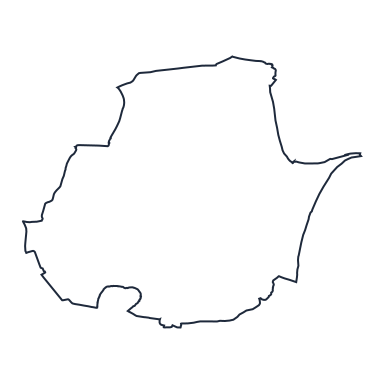 the district of Sulina, Tulcea, Romania
{"feature_id": "2599482B90058353737957", "entity_name": "Sulina", "entity_type": "district", "adm_level": 2, "iso_a3": "ROU", "parent_name": "Romania", "parent_adm1": "Tulcea", "projection": "equal_earth", "projection_center": [29.526, 45.139], "detail": "fine", "context": "isolated", "style": "outline", "palette": "slate", "viewbox_px": 384, "rotation_deg": 0, "n_neighbors": 0, "source": "geoboundaries", "source_scale": "gbopen_adm2", "svg_char_len": 5770}
<svg xmlns="http://www.w3.org/2000/svg" viewBox="0 0 384 384"><path d="M144.3,317.2L144.9,317.2L148.9,317.7L149.6,318.0L159.2,319.3L159.6,319.3L160.0,319.1L159.8,319.8L159.7,319.9L159.6,320.7L159.6,322.6L160.0,323.7L161.2,324.8L164.1,325.5L163.9,326.0L163.7,326.8L163.7,327.2L164.0,327.4L170.1,327.3L171.0,327.1L171.7,326.9L172.5,325.3L177.2,327.4L180.5,327.5L180.8,326.7L180.8,326.0L181.2,325.1L181.0,323.7L181.6,323.5L187.8,323.4L193.7,322.7L197.2,321.9L200.2,321.4L210.7,321.4L216.6,321.5L217.4,321.4L220.0,320.8L221.9,320.9L224.9,321.0L228.0,320.7L229.4,320.6L233.4,319.7L237.4,316.9L239.5,314.5L243.4,312.4L246.4,310.5L252.7,309.2L255.6,307.4L258.9,305.2L259.6,304.2L260.0,303.1L259.8,301.1L259.5,299.4L259.2,298.7L260.6,298.2L262.0,299.4L263.9,299.9L264.9,299.9L265.8,299.7L266.9,298.8L268.0,297.7L268.7,297.0L268.9,296.0L270.5,295.1L271.2,294.2L271.2,292.6L272.3,291.8L272.8,290.7L272.7,289.6L272.9,288.5L272.8,287.8L273.1,287.1L273.1,286.4L273.8,284.8L273.5,283.5L272.8,282.2L272.9,281.4L273.3,280.4L277.0,277.8L278.3,276.6L278.9,276.2L281.6,277.3L284.6,278.4L289.4,279.8L296.2,282.1L296.9,277.6L297.2,274.8L297.1,272.9L297.4,269.5L298.4,265.8L298.0,260.1L298.3,256.6L298.7,255.5L301.3,242.5L303.2,234.9L305.1,230.1L306.6,225.2L308.6,219.3L309.0,216.7L310.5,212.6L311.8,211.4L312.3,209.7L315.9,201.3L319.4,193.9L323.6,186.5L329.1,177.8L331.2,173.6L337.2,167.0L341.7,163.6L345.0,160.5L348.1,159.0L351.5,157.5L354.4,157.1L361.0,156.1L359.8,154.6L360.2,153.3L355.7,153.2L350.4,153.6L347.7,154.2L346.2,154.6L347.0,155.1L332.0,159.1L330.2,158.9L324.6,162.1L319.2,163.2L317.7,163.4L305.1,163.5L299.0,162.4L296.3,161.6L293.7,161.9L293.9,161.4L293.1,162.0L293.0,162.9L292.6,163.1L291.6,162.0L290.3,161.2L289.2,160.1L288.0,158.6L286.9,156.6L284.1,153.5L282.6,150.4L281.7,146.7L279.9,140.9L278.3,134.9L277.1,127.9L275.5,120.5L274.2,108.8L273.0,101.9L270.2,92.2L270.0,88.1L269.7,85.7L271.1,85.8L275.9,79.9L275.2,79.4L273.6,78.8L273.0,78.3L273.0,78.1L273.8,76.8L274.1,76.5L275.3,75.9L275.5,75.6L275.5,74.8L275.4,74.3L275.5,72.1L275.7,71.1L275.8,70.4L275.7,70.0L275.2,69.1L274.7,68.8L273.7,68.4L273.4,67.9L272.8,67.7L272.5,67.7L272.0,67.4L272.2,67.2L272.5,65.7L272.3,65.5L272.5,65.4L272.4,64.9L272.2,64.4L271.7,64.2L270.9,63.9L270.6,63.9L270.0,64.0L269.7,63.8L268.8,63.7L268.0,63.9L267.4,64.0L265.9,63.6L265.5,63.4L265.1,62.7L264.8,62.5L263.9,62.2L263.3,61.8L261.3,61.2L260.5,61.2L260.4,61.1L255.8,60.9L251.1,60.3L245.1,59.5L239.6,58.5L236.4,57.7L232.9,56.8L232.6,56.7L232.3,56.5L230.1,58.0L222.7,61.4L216.8,63.9L216.3,64.3L216.1,64.7L215.9,65.0L215.8,65.4L212.3,65.6L206.5,65.6L201.8,65.7L183.4,67.8L178.0,68.5L169.9,69.4L156.0,70.9L150.4,72.2L140.5,72.9L138.9,73.2L136.6,75.2L135.9,76.1L133.6,79.9L133.2,80.5L132.4,81.3L131.6,81.8L130.4,82.6L127.2,83.4L122.3,85.2L119.6,86.4L117.4,87.5L118.1,88.0L119.1,89.2L120.7,91.6L122.7,95.6L123.2,97.0L123.5,97.8L123.9,99.2L124.2,102.3L124.1,103.9L124.0,104.7L123.9,105.4L123.4,107.3L122.6,109.0L122.5,109.7L122.2,110.4L122.0,111.1L120.1,118.4L119.2,121.3L116.9,126.2L115.3,129.3L111.3,136.1L110.5,137.6L110.6,137.8L110.8,138.0L110.7,138.5L110.2,138.8L109.1,140.9L108.9,141.5L108.8,142.2L108.8,142.7L108.9,142.8L109.3,142.9L109.3,143.1L108.8,143.3L109.0,143.7L108.6,145.5L107.7,146.2L98.9,145.6L78.9,145.1L77.2,145.3L75.8,146.7L75.4,146.8L75.9,147.2L76.1,147.6L76.0,148.0L75.6,148.2L76.2,149.1L76.3,149.6L76.0,150.5L74.2,153.5L73.7,154.0L71.9,155.3L70.8,156.4L69.8,157.9L68.3,160.8L66.9,163.6L66.3,166.0L65.6,168.1L65.6,168.7L65.5,169.7L65.0,170.8L63.8,175.9L62.4,179.1L60.4,186.2L59.6,187.3L56.6,190.3L54.8,192.5L53.9,194.2L53.1,197.6L52.5,199.7L51.7,200.6L49.4,201.8L47.8,202.2L46.2,202.9L45.2,203.7L43.2,210.9L42.5,213.1L41.9,215.0L41.8,216.2L42.0,217.3L42.6,218.4L42.6,218.9L42.2,219.8L41.8,220.2L41.7,220.7L38.8,221.3L36.8,221.7L31.8,221.9L30.6,222.1L29.5,222.2L26.8,222.0L24.9,221.6L23.1,221.3L23.0,221.5L24.7,224.7L25.9,227.6L26.2,228.5L26.3,230.3L26.4,231.6L25.3,243.1L25.1,246.0L25.4,250.9L25.6,251.4L26.0,252.1L26.3,252.9L26.7,252.8L27.0,252.6L27.8,252.3L32.4,251.0L33.1,250.9L34.0,251.2L34.7,251.8L35.0,252.4L39.4,264.5L40.6,267.6L40.8,267.8L42.7,268.5L43.8,271.2L44.0,271.3L44.8,271.5L45.2,272.3L45.2,272.5L43.6,273.5L41.5,274.7L43.6,277.5L45.9,280.3L62.1,300.2L62.8,300.3L67.8,299.3L68.2,299.3L69.0,299.8L71.4,302.5L72.3,303.3L73.1,303.6L75.3,304.1L79.3,304.7L84.1,305.6L88.4,306.3L91.6,307.0L93.2,307.2L95.7,307.7L96.5,307.8L96.9,307.8L97.2,307.6L97.2,307.1L97.3,306.7L97.2,306.5L97.4,306.0L97.3,305.7L97.5,303.3L97.6,303.1L97.5,302.8L97.7,302.6L97.7,302.3L97.6,302.0L97.8,301.6L98.0,300.4L98.2,299.9L98.3,298.7L98.5,298.3L98.7,298.2L98.9,297.6L99.1,297.2L99.2,296.9L99.3,296.8L99.3,296.6L99.5,296.5L99.7,295.7L99.7,295.3L99.8,295.0L100.0,294.9L100.0,294.7L100.4,294.0L101.4,292.6L101.5,292.4L102.1,291.8L102.5,291.2L103.3,290.2L103.6,289.3L103.9,289.1L104.6,288.3L105.1,288.0L105.4,287.6L105.9,287.4L106.3,286.9L107.5,286.5L108.3,286.6L108.7,286.4L108.9,286.4L109.1,286.5L109.7,286.5L110.7,286.1L111.4,286.1L111.7,286.0L112.0,286.0L112.6,286.2L113.3,285.9L113.5,286.0L115.5,286.0L116.9,286.0L117.7,286.2L117.9,286.1L118.1,286.3L119.3,286.3L121.4,286.7L121.5,286.8L121.9,286.8L122.5,286.8L123.0,286.9L123.8,287.6L125.1,288.2L125.8,288.2L126.1,288.0L126.8,287.9L127.7,288.1L128.0,288.0L128.3,287.7L129.8,287.4L132.4,287.3L133.0,287.4L133.4,287.7L134.3,287.8L134.8,288.0L137.6,289.3L138.8,290.7L139.1,291.3L140.2,292.6L140.7,293.7L140.8,295.7L140.5,296.0L141.0,296.4L140.6,298.3L140.3,298.4L140.2,299.2L139.7,299.5L139.4,299.9L139.5,300.8L138.9,301.4L138.6,301.3L138.4,301.6L137.6,303.1L136.1,303.9L135.4,304.8L134.6,305.9L133.3,306.2L132.5,307.1L130.7,308.5L127.8,311.0L129.3,311.9L130.0,312.1L130.4,312.5L130.8,312.6L133.3,314.0L135.3,315.3L136.6,316.0L144.3,317.2Z" fill="none" stroke="#1e293b" stroke-width="2"/></svg>